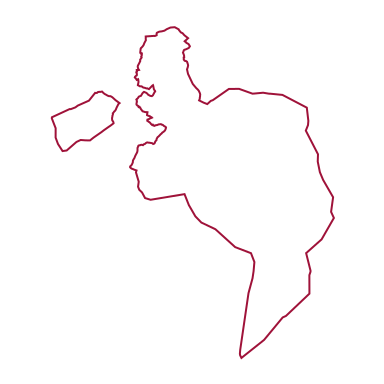 Oyo West, Oyo, Nigeria (orthographic projection), rotated 182°
{"feature_id": "59680162B62394297156991", "entity_name": "Oyo West", "entity_type": "district", "adm_level": 2, "iso_a3": "NGA", "parent_name": "Nigeria", "parent_adm1": "Oyo", "projection": "orthographic", "projection_center": [3.921, 7.958], "detail": "fine", "context": "isolated", "style": "outline", "palette": "rose", "viewbox_px": 384, "rotation_deg": 182, "n_neighbors": 0, "source": "geoboundaries", "source_scale": "gbopen_adm2", "svg_char_len": 5945}
<svg xmlns="http://www.w3.org/2000/svg" viewBox="0 0 384 384"><g transform="rotate(182 192 192)"><path d="M80.2,280.3L105.0,292.2L117.8,293.0L118.1,292.9L124.4,293.7L133.7,292.5L135.0,292.4L148.5,296.7L158.7,296.3L174.4,284.5L176.4,283.7L179.8,280.4L183.5,281.7L188.1,283.8L187.5,285.4L187.5,286.6L187.3,287.4L187.3,288.4L187.2,289.9L187.7,291.3L188.7,293.3L189.8,294.6L191.4,296.0L195.0,300.0L200.1,309.9L201.3,314.5L201.0,315.0L200.9,315.7L200.6,316.5L200.5,317.3L200.3,318.3L200.6,319.6L200.9,320.3L201.0,320.7L201.5,322.0L202.4,322.6L203.2,322.7L203.6,322.9L203.9,322.9L204.1,323.1L204.4,323.6L204.8,323.9L204.9,324.3L204.9,325.4L205.0,326.1L204.5,326.3L204.6,327.2L204.7,328.2L205.5,330.2L205.9,330.9L205.4,332.3L205.2,333.1L204.9,333.6L204.5,333.9L203.5,334.2L203.2,334.3L200.3,335.8L199.2,337.5L199.5,338.1L200.6,339.7L201.1,340.0L202.5,340.7L203.1,341.1L203.4,341.7L204.0,341.9L204.6,342.4L204.1,342.9L203.1,343.8L201.3,345.6L205.1,348.4L207.0,350.4L208.7,351.1L210.7,353.4L211.0,354.1L215.0,356.1L219.3,355.6L223.0,353.8L225.1,352.3L227.8,351.5L230.3,351.1L231.9,350.3L232.6,349.9L232.8,349.6L232.9,349.0L232.8,347.4L234.6,346.6L234.8,346.6L235.0,346.7L235.6,346.7L236.8,346.5L237.5,346.5L238.9,346.3L240.2,346.2L241.9,346.0L242.3,346.0L243.7,345.8L243.6,344.8L243.6,343.5L243.4,342.1L244.2,340.5L244.9,339.0L245.5,337.2L246.4,335.8L247.7,334.3L248.0,334.1L248.3,333.5L248.6,329.7L248.5,329.2L247.5,329.0L247.4,329.0L247.5,328.3L246.9,328.2L247.0,327.0L247.0,326.6L247.2,326.3L247.5,325.4L247.1,325.1L247.0,324.8L247.1,324.5L247.3,324.1L248.4,322.5L248.4,322.1L248.3,321.0L248.4,320.8L249.3,318.8L249.7,318.0L249.8,317.7L250.4,316.6L250.6,315.8L250.6,315.3L250.5,314.7L249.9,312.8L249.8,312.5L249.4,312.4L249.2,312.1L249.5,312.0L250.8,312.1L251.3,312.0L251.5,312.0L251.5,311.8L251.2,311.5L251.1,311.0L251.3,310.1L251.9,309.8L251.9,309.7L251.2,308.1L251.2,307.6L251.3,306.8L251.3,306.6L251.8,306.3L252.3,305.9L252.8,305.3L252.9,305.2L252.8,304.9L253.1,304.4L252.2,303.6L251.1,302.1L249.8,302.9L249.7,302.7L249.6,302.2L249.5,301.4L249.3,300.1L249.5,298.7L249.8,297.5L249.8,296.9L249.6,296.9L249.1,296.6L248.1,295.9L247.4,295.8L246.5,295.9L245.4,295.5L245.0,295.0L243.9,294.6L242.9,294.5L241.4,294.0L240.9,293.9L240.2,294.0L239.4,293.6L238.6,293.3L235.5,296.8L234.7,297.4L234.5,296.9L233.9,294.3L233.7,293.5L233.4,292.9L232.5,291.8L232.3,291.4L232.3,291.2L232.6,291.1L234.3,287.6L234.5,287.2L235.5,286.4L237.0,286.6L238.8,287.5L239.1,287.6L240.0,288.6L241.1,289.5L242.2,289.9L242.8,290.1L243.0,290.3L243.5,290.4L243.8,290.2L244.9,289.0L245.9,287.2L246.4,286.3L246.8,286.2L248.5,285.4L249.5,283.7L250.5,282.9L250.8,282.4L250.6,282.2L250.4,281.9L250.4,280.9L250.2,280.5L250.2,280.1L250.4,279.8L250.4,279.4L250.6,278.1L250.5,277.4L250.4,277.3L249.9,276.8L249.6,276.5L249.1,276.3L248.5,275.9L248.5,275.3L248.3,275.0L248.1,275.1L248.0,275.3L247.7,275.3L247.7,275.1L247.3,274.8L246.7,274.6L246.6,274.0L246.2,273.6L246.1,273.3L245.9,273.0L245.8,272.8L245.6,272.7L245.2,272.3L245.0,271.8L244.8,271.5L244.2,271.2L243.7,270.7L243.1,270.7L241.6,270.2L241.1,270.2L240.7,270.3L240.3,270.2L240.1,270.2L239.3,270.2L239.3,269.9L239.3,269.7L239.6,268.3L239.6,267.6L239.6,267.2L238.1,266.6L237.7,266.6L237.2,266.3L236.8,266.3L235.9,265.6L235.0,265.3L234.7,265.0L234.6,264.9L235.6,264.4L236.5,264.1L237.7,263.3L239.1,262.8L239.2,261.7L238.9,261.6L238.5,261.2L237.3,260.4L237.0,260.3L236.7,260.1L236.2,259.6L235.2,258.4L234.5,258.0L234.3,257.6L234.1,257.5L233.9,257.8L233.7,257.9L233.6,257.6L233.3,257.6L233.2,257.4L232.9,257.4L232.4,256.9L232.0,256.8L231.8,256.8L231.4,257.2L231.0,257.2L230.5,257.5L229.8,257.6L229.6,257.6L229.2,257.7L228.7,257.9L228.3,258.1L227.7,258.4L226.2,258.6L225.7,258.7L225.4,258.7L224.7,258.4L224.5,258.2L224.1,258.2L223.5,258.0L222.3,257.0L221.3,256.5L220.7,256.2L220.3,255.7L220.2,255.4L220.7,253.6L221.2,252.5L222.5,251.2L223.8,250.3L224.1,249.9L224.3,249.5L225.4,248.6L226.2,247.6L227.7,246.0L228.2,245.7L228.7,244.9L228.9,244.3L229.2,243.8L229.3,243.3L229.3,242.6L229.9,241.9L230.4,241.3L230.7,240.6L230.8,240.0L231.2,239.3L231.5,239.0L232.5,238.6L233.1,239.2L233.6,239.4L236.5,239.8L237.3,239.8L238.5,240.0L239.0,239.8L239.7,239.4L240.6,238.5L241.1,238.2L241.6,238.1L242.0,237.9L242.6,237.1L243.2,237.2L243.7,237.4L244.3,237.4L245.1,237.2L245.6,236.9L246.5,236.8L247.2,236.4L247.4,235.6L247.5,235.4L248.0,234.1L247.9,231.8L248.1,230.1L248.4,229.6L248.5,229.1L249.2,227.8L250.1,225.8L250.7,224.0L251.4,222.8L252.1,221.4L252.2,219.5L252.8,217.9L253.5,216.6L254.7,215.4L254.7,214.5L253.7,213.6L253.0,213.2L251.4,212.7L250.5,212.3L248.2,211.6L248.7,209.7L245.6,200.4L246.1,195.4L244.8,192.4L241.9,189.8L238.7,184.3L233.1,182.8L199.4,189.6L194.6,178.6L194.3,178.2L187.8,167.8L181.6,161.8L167.3,155.6L146.9,138.4L130.9,132.9L127.2,124.2L127.7,114.9L128.5,107.9L132.0,92.9L138.3,36.0L138.5,31.9L138.2,30.5L136.8,27.9L114.8,46.7L97.0,69.8L93.8,71.4L71.1,94.5L71.8,113.0L70.8,116.4L70.8,117.5L75.8,134.9L60.8,149.2L49.4,170.8L49.3,171.0L52.3,177.0L50.8,191.7L61.4,208.7L64.9,216.3L67.4,226.8L67.4,234.1L80.4,257.3L78.4,262.9L78.2,267.1L80.2,280.3ZM267.5,278.3L271.6,281.1L274.9,283.9L276.7,284.9L278.4,284.9L279.8,285.4L281.0,286.1L282.5,286.8L283.8,287.7L284.2,288.1L284.3,288.2L284.8,288.6L285.3,289.2L286.2,289.1L286.8,288.9L287.4,288.8L288.3,288.9L288.8,288.7L289.5,288.6L290.1,288.0L290.5,287.7L291.3,287.7L291.7,287.5L292.1,287.5L292.3,287.4L292.4,287.5L298.2,279.7L309.1,274.4L311.5,272.5L316.0,270.6L317.2,270.6L334.6,261.8L334.7,260.8L330.5,251.0L330.2,241.6L327.6,235.3L322.8,228.4L318.7,229.1L309.2,238.0L305.1,240.1L300.2,239.9L295.7,240.0L294.1,241.4L292.2,243.0L284.7,248.6L282.4,250.5L277.4,254.3L276.0,255.3L272.8,257.9L272.9,258.7L273.3,259.7L273.9,260.4L274.3,261.1L274.5,263.1L274.2,264.5L274.2,265.5L273.8,266.5L273.7,267.4L273.9,267.9L273.4,268.4L272.5,269.8L271.7,270.5L271.0,271.7L270.3,273.7L268.9,276.7L268.4,277.7L268.0,278.0L267.7,278.1L267.5,278.3Z" fill="none" stroke="#9f1239" stroke-width="2"/></g></svg>